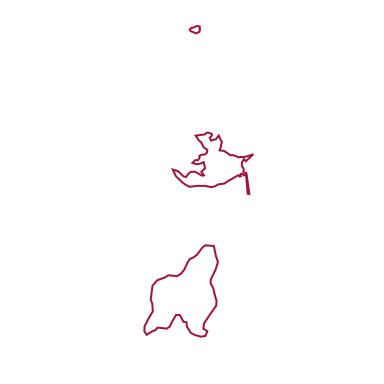 the district of Ansan-si, Gyeonggi, South Korea, rotated 121°
{"feature_id": "91817680B39459501575733", "entity_name": "Ansan-si", "entity_type": "district", "adm_level": 2, "iso_a3": "KOR", "parent_name": "South Korea", "parent_adm1": "Gyeonggi", "projection": "natural_earth1", "projection_center": [126.664, 37.234], "detail": "fine", "context": "isolated", "style": "outline", "palette": "rose", "viewbox_px": 384, "rotation_deg": 121, "n_neighbors": 0, "source": "geoboundaries", "source_scale": "gbopen_adm2", "svg_char_len": 2158}
<svg xmlns="http://www.w3.org/2000/svg" viewBox="0 0 384 384"><g transform="rotate(121 192 192)"><path d="M337.7,157.3L332.6,154.7L328.8,152.0L326.1,151.8L325.1,149.9L322.2,143.4L319.0,141.8L312.9,142.3L308.1,142.3L305.5,142.3L303.9,139.2L304.9,136.8L307.6,132.6L306.5,129.5L310.0,127.1L313.4,120.3L313.3,119.2L313.1,116.1L312.6,114.0L311.3,109.6L308.4,106.4L303.5,107.1L303.3,111.9L298.5,114.0L283.2,113.2L277.1,112.7L272.8,114.8L268.1,119.8L263.3,124.5L260.6,129.0L257.5,130.8L246.3,131.8L238.6,133.7L234.7,138.4L227.0,145.5L231.0,153.3L233.9,154.4L238.4,154.9L243.4,155.4L247.7,157.3L250.6,159.4L255.6,159.4L262.8,158.6L267.8,159.4L271.8,161.5L275.5,169.3L279.5,171.4L285.6,176.4L292.8,177.5L305.5,172.0L308.1,168.6L314.5,164.1L322.4,164.1L331.8,163.4L336.0,161.0L337.7,157.3ZM151.1,159.2L150.8,158.5L150.7,157.6L150.8,156.7L151.0,155.8L150.6,155.5L149.6,155.2L148.6,155.1L164.8,143.4L164.2,141.8L148.0,154.9L148.5,158.1L145.3,159.9L144.2,162.5L141.1,164.4L137.1,164.4L137.9,161.7L135.5,161.0L128.1,158.9L132.3,162.5L133.9,164.1L135.5,165.7L136.6,168.0L138.4,170.1L138.7,173.8L139.7,176.7L140.8,178.0L140.5,181.2L140.3,185.6L142.1,189.8L138.1,190.6L136.5,191.4L133.6,192.2L132.3,194.5L129.9,198.2L134.4,198.7L138.1,202.2L136.3,204.8L133.4,204.0L132.0,205.1L132.8,208.7L133.6,210.0L136.0,210.6L138.4,213.7L141.8,217.9L144.5,212.1L144.5,210.0L147.7,205.1L147.9,200.6L150.6,199.5L153.3,200.3L154.8,202.7L157.2,204.3L158.6,203.2L161.5,203.2L163.1,205.6L166.8,206.6L166.0,202.7L164.9,201.1L162.8,199.0L160.4,197.4L162.3,195.6L164.9,193.0L167.6,193.8L170.0,194.3L171.6,190.3L172.9,191.9L172.9,196.4L173.1,200.1L175.5,203.5L178.5,204.5L182.2,204.8L183.0,207.2L182.2,210.6L181.4,214.8L182.7,220.0L186.7,214.0L188.8,205.1L189.1,200.8L188.8,196.9L186.9,194.3L184.0,190.6L180.0,184.0L179.2,181.4L177.7,177.7L175.5,175.4L171.8,173.3L168.1,168.6L166.1,167.7L163.1,166.2L154.0,161.1L154.0,160.4L154.1,159.7L154.2,159.1L153.3,158.3L152.0,159.7L151.1,159.2ZM54.8,275.9L54.5,273.9L54.1,271.9L54.0,270.2L51.1,268.2L48.7,268.7L48.7,269.2L46.3,270.5L46.8,272.9L48.5,274.2L50.4,275.4L51.6,277.1L54.1,277.6L54.8,275.9Z" fill="none" stroke="#9f1239" stroke-width="2"/></g></svg>